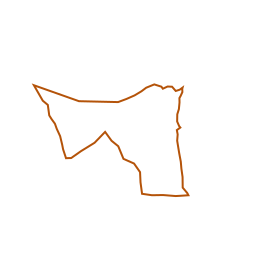 the district of Tserkezoi, Cyprus, rotated 144°
{"feature_id": "46923920B77369159713494", "entity_name": "Tserkezoi", "entity_type": "district", "adm_level": 2, "iso_a3": "CYP", "parent_name": "Cyprus", "parent_adm1": "", "projection": "mercator", "projection_center": [32.988, 34.647], "detail": "fine", "context": "isolated", "style": "outline", "palette": "amber", "viewbox_px": 256, "rotation_deg": 144, "n_neighbors": 0, "source": "geoboundaries", "source_scale": "gbopen_adm2", "svg_char_len": 889}
<svg xmlns="http://www.w3.org/2000/svg" viewBox="0 0 256 256"><g transform="rotate(144 128 128)"><path d="M179.0,217.9L180.9,200.2L179.3,193.8L184.3,184.5L184.6,180.3L184.6,174.4L186.1,169.3L187.7,161.3L191.1,153.1L193.0,149.0L195.9,140.0L195.1,139.5L191.6,137.1L179.5,136.9L163.7,135.7L148.8,138.3L148.8,127.3L146.6,119.0L149.8,105.7L144.0,95.7L144.2,85.2L149.8,76.7L155.3,66.5L148.1,59.5L139.1,53.2L129.4,44.9L125.2,42.2L118.7,38.1L118.3,40.5L118.7,46.2L118.8,47.6L113.0,55.8L112.6,56.4L108.6,63.9L105.1,69.7L101.3,77.7L95.7,88.8L91.6,93.6L89.7,97.6L85.4,97.6L85.5,99.5L84.4,104.4L80.1,110.1L75.7,113.4L71.3,118.4L68.8,122.0L66.6,123.0L62.9,125.1L61.1,127.8L60.1,128.6L63.7,128.6L67.6,129.9L68.1,135.5L71.6,138.3L76.7,139.3L76.7,141.8L81.1,147.8L89.6,149.9L95.5,149.8L103.5,150.5L112.2,152.4L120.8,154.8L151.9,178.5L179.0,217.9Z" fill="none" stroke="#b45309" stroke-width="2"/></g></svg>